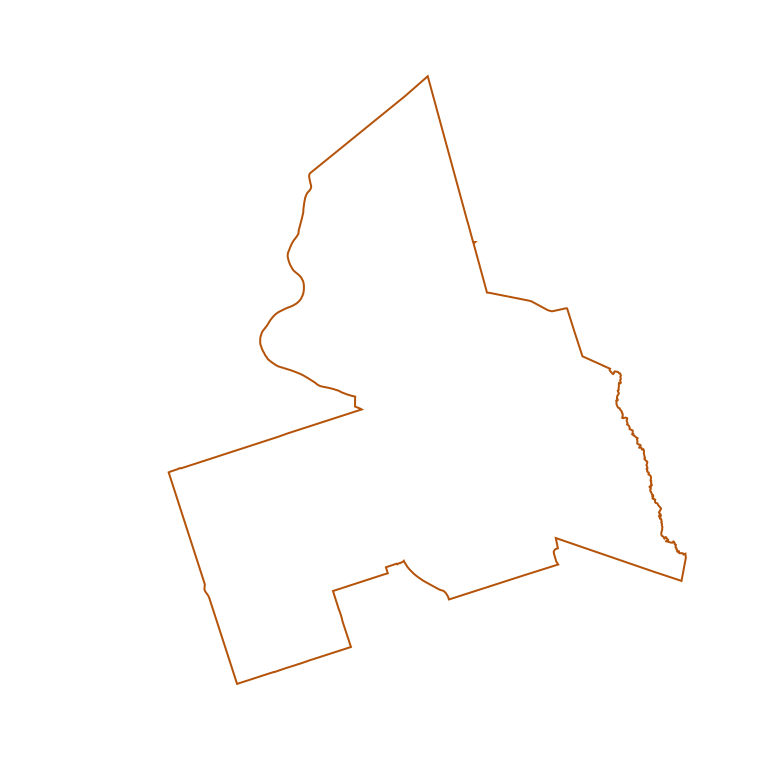 Murray Bridge, South Australia, Australia, rotated 162°
{"feature_id": "25037944B7394804053319", "entity_name": "Murray Bridge", "entity_type": "district", "adm_level": 2, "iso_a3": "AUS", "parent_name": "Australia", "parent_adm1": "South Australia", "projection": "equal_earth", "projection_center": [139.209, -35.2], "detail": "fine", "context": "isolated", "style": "outline", "palette": "amber", "viewbox_px": 768, "rotation_deg": 162, "n_neighbors": 0, "source": "geoboundaries", "source_scale": "gbopen_adm2", "svg_char_len": 6106}
<svg xmlns="http://www.w3.org/2000/svg" viewBox="0 0 768 768"><g transform="rotate(162 384 384)"><path d="M247.3,663.2L274.3,651.6L389.2,607.3L390.3,606.3L390.8,605.3L391.3,603.5L391.9,598.1L392.0,595.8L392.2,594.5L392.4,593.8L393.0,592.8L394.5,591.4L398.2,589.2L399.6,587.7L401.4,585.5L403.7,581.3L406.5,575.5L407.2,573.7L407.7,572.2L410.9,566.9L417.6,556.5L419.0,553.3L421.6,551.1L425.6,548.4L428.4,545.9L430.9,543.1L433.0,540.5L434.5,538.8L435.2,537.6L435.9,536.0L436.3,534.5L436.6,531.0L436.6,528.8L436.4,526.3L435.7,522.5L435.2,520.5L434.3,518.7L431.4,514.2L430.0,511.4L429.2,507.1L429.2,505.7L429.7,502.6L431.0,498.6L432.4,495.7L433.8,493.7L436.6,490.7L438.3,489.5L441.1,488.1L442.8,487.5L447.0,486.6L454.0,486.2L462.1,485.0L465.3,484.0L467.2,483.1L468.7,482.3L472.6,479.7L477.1,475.8L482.9,471.9L483.8,471.1L485.0,469.7L486.0,468.3L487.5,465.9L489.0,461.5L489.3,459.9L489.2,455.2L489.0,453.6L488.8,451.9L488.4,450.4L488.1,448.0L487.3,445.8L486.8,443.7L486.5,443.1L484.1,439.4L481.0,435.4L479.9,434.2L479.2,433.5L467.7,425.4L462.4,421.1L458.6,417.7L454.2,412.7L449.3,406.8L447.6,404.1L446.6,403.0L445.5,401.9L443.5,400.6L438.1,397.6L433.9,395.0L429.2,391.6L427.0,389.3L422.6,385.7L418.6,382.9L415.3,380.9L416.1,378.8L418.5,371.5L414.2,367.9L413.1,366.7L491.6,366.8L500.7,366.5L602.9,366.5L603.0,366.7L604.0,366.8L604.7,367.2L605.7,366.8L614.4,366.7L616.1,366.5L616.3,248.8L618.2,244.4L618.2,243.0L618.1,241.9L616.6,237.1L616.3,234.6L616.4,144.2L582.0,144.2L579.3,144.1L577.5,144.2L577.2,143.9L576.7,143.9L566.8,144.1L547.6,144.0L539.6,144.2L496.7,144.1L496.8,171.3L496.5,174.4L496.4,178.3L496.5,182.5L496.6,184.0L496.5,202.9L442.3,202.9L441.8,202.8L438.9,202.8L438.8,209.1L427.4,209.2L427.1,208.4L426.2,208.7L424.1,208.9L424.0,208.7L421.5,209.0L420.6,209.2L419.8,209.7L419.4,207.5L418.2,202.7L417.0,199.7L414.5,194.7L412.3,191.2L410.9,189.3L407.3,184.6L401.7,178.6L395.1,171.6L393.5,170.3L391.7,169.2L391.2,168.6L390.1,166.8L389.4,164.7L388.8,161.9L388.8,159.0L309.6,158.8L274.1,158.5L275.0,161.8L274.8,170.2L274.4,172.1L272.7,173.7L271.5,174.0L269.4,174.0L268.2,184.4L184.5,121.4L161.9,104.8L150.6,125.5L149.8,129.5L151.9,129.3L152.0,129.6L152.0,130.3L152.2,130.7L153.6,131.3L155.0,131.6L155.5,132.0L155.6,132.4L155.2,133.2L155.2,133.8L155.7,134.0L156.7,133.8L156.9,134.0L156.9,134.3L156.5,134.9L156.4,135.4L156.9,135.9L157.0,136.3L156.6,136.9L156.6,137.1L156.7,137.7L157.2,138.2L157.1,139.0L156.3,140.2L156.1,140.9L156.2,141.0L156.6,140.9L157.0,141.7L156.7,142.9L157.0,143.5L157.1,143.9L157.0,144.2L157.2,144.6L157.5,144.8L157.7,144.7L158.3,143.9L159.9,144.4L162.6,146.1L162.7,146.6L163.1,146.8L164.2,147.1L164.3,147.4L163.9,147.5L162.0,147.7L161.9,147.8L161.9,148.1L162.5,149.1L162.8,149.8L163.1,151.0L163.3,151.3L164.0,151.0L164.7,150.4L165.1,150.3L165.3,150.8L165.3,152.0L165.4,152.3L166.5,153.6L166.8,154.2L166.7,155.2L166.3,156.7L165.5,158.0L164.7,159.0L164.2,160.1L164.0,161.0L163.4,161.9L163.5,163.7L162.8,165.1L163.1,166.6L163.0,166.8L162.4,167.3L162.5,168.2L162.1,168.9L162.4,170.3L163.1,170.6L163.1,172.2L163.3,173.4L162.6,174.1L162.0,174.0L162.0,173.2L161.7,172.8L161.4,173.2L161.2,174.3L161.6,175.0L161.9,176.4L162.2,176.7L161.9,177.3L160.7,178.1L160.0,178.9L159.3,179.4L159.0,180.1L159.3,180.9L160.7,184.1L160.7,185.1L161.0,186.0L161.2,186.3L162.2,186.8L162.7,188.1L162.5,188.8L161.9,189.8L161.9,190.3L162.7,190.9L163.0,191.4L163.7,191.7L164.0,192.1L163.9,192.6L163.1,193.0L162.8,193.5L162.8,193.9L163.4,194.5L163.1,194.8L162.5,194.8L162.4,195.0L162.5,195.3L163.3,196.1L163.2,197.0L163.5,198.1L163.4,199.0L163.8,200.0L163.6,200.8L163.4,201.2L162.8,201.6L162.6,201.9L162.7,202.7L162.9,203.2L163.2,203.5L163.2,204.2L162.8,204.3L161.9,203.7L161.7,203.8L161.6,204.3L161.8,204.8L161.7,205.1L160.5,205.2L160.5,205.9L160.8,206.4L160.8,206.7L160.3,207.6L160.4,208.0L160.3,208.6L159.9,209.0L159.8,209.3L160.3,209.9L160.3,210.2L159.6,211.0L158.9,212.6L158.9,214.1L159.1,214.8L160.0,215.9L160.4,216.2L160.4,216.5L159.8,217.1L159.6,217.6L159.7,218.1L160.6,219.1L160.7,219.8L160.6,220.3L160.1,220.9L160.1,221.2L160.5,221.8L160.5,222.1L160.4,222.3L159.8,222.4L159.5,222.6L159.3,223.2L159.3,224.2L159.5,225.4L159.4,225.9L159.3,226.1L158.7,226.6L157.7,228.3L157.7,229.0L158.3,229.7L159.1,231.2L159.5,232.2L159.4,232.6L158.8,232.9L158.5,233.3L158.7,234.7L158.4,236.2L158.4,237.2L158.1,238.4L157.7,239.2L157.4,240.4L157.4,241.5L157.5,241.9L158.1,242.0L158.6,241.8L158.9,241.9L159.0,242.4L158.8,243.3L158.9,243.6L159.6,244.1L160.9,244.5L160.9,244.9L159.7,245.5L159.0,245.9L158.9,246.2L158.9,246.5L159.3,247.1L160.8,248.0L161.5,249.1L161.5,249.5L161.0,250.4L160.6,251.7L160.5,253.1L160.2,253.6L159.6,253.9L159.5,254.1L159.7,254.4L160.9,255.5L161.5,256.9L162.5,257.9L163.1,258.9L162.7,258.8L162.3,258.9L162.2,259.4L162.8,260.4L161.9,262.5L162.0,263.1L164.3,265.1L164.4,265.4L163.9,266.3L163.9,267.8L164.0,268.4L164.6,269.7L165.3,270.3L165.2,270.6L164.5,271.3L164.6,273.9L164.4,274.6L163.8,275.1L163.4,275.8L163.3,276.1L163.4,276.5L164.2,277.2L166.1,277.6L167.2,277.6L167.8,278.0L167.8,278.4L167.8,278.6L166.7,280.0L166.7,280.9L166.3,281.6L166.2,282.0L166.6,283.0L166.6,283.9L166.4,284.5L167.1,286.1L167.4,287.3L167.4,288.2L168.3,288.7L168.7,289.5L168.9,290.1L169.1,293.1L168.9,293.9L168.3,295.1L168.4,296.0L168.2,296.5L167.7,296.8L166.8,296.4L166.6,296.6L166.6,297.0L166.9,298.1L166.7,298.3L166.6,299.0L166.4,299.7L165.2,301.2L164.5,301.5L164.2,301.9L163.5,302.6L163.6,303.8L163.8,304.5L163.8,305.3L163.4,305.6L162.4,306.1L162.3,306.4L162.4,307.2L161.5,308.8L160.6,311.6L160.2,312.3L159.2,311.6L158.8,311.7L158.5,311.9L158.3,312.6L158.4,314.3L158.3,314.6L157.2,315.6L157.0,317.5L156.8,318.1L156.2,318.6L156.1,318.8L156.2,321.1L157.0,321.4L157.2,321.7L157.4,322.7L157.8,323.1L160.3,324.6L160.8,324.6L161.2,324.5L161.8,323.5L162.7,322.8L163.1,322.7L163.3,323.0L163.6,323.8L164.3,325.0L165.0,326.7L165.1,327.6L164.9,328.2L164.3,328.7L168.8,332.7L168.7,332.7L186.7,349.0L186.7,376.4L186.5,399.3L187.8,399.8L201.8,401.2L205.3,403.5L218.5,417.3L221.5,419.1L255.7,438.2L257.8,439.1L255.4,489.8L253.4,490.8L255.4,491.4L254.4,511.9L254.5,512.0L247.3,663.2Z" fill="none" stroke="#b45309" stroke-width="2"/></g></svg>